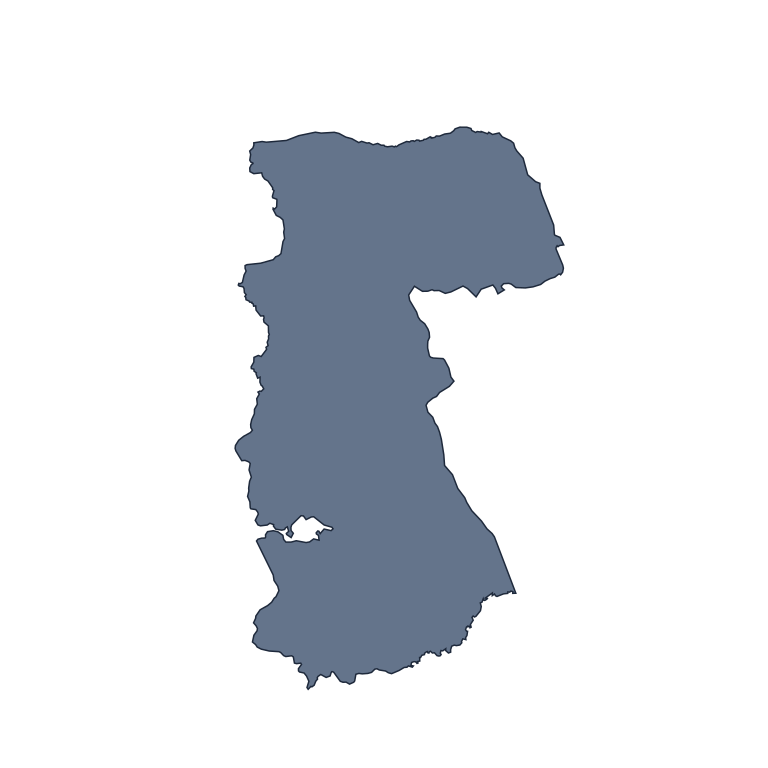 Kaliua, Tabora, United Republic of Tanzania, rotated 337°
{"feature_id": "72390352B29601163251764", "entity_name": "Kaliua", "entity_type": "district", "adm_level": 2, "iso_a3": "TZA", "parent_name": "United Republic of Tanzania", "parent_adm1": "Tabora", "projection": "albers", "projection_center": [31.783, -4.945], "detail": "fine", "context": "isolated", "style": "filled", "palette": "slate", "viewbox_px": 768, "rotation_deg": 337, "n_neighbors": 0, "source": "geoboundaries", "source_scale": "gbopen_adm2", "svg_char_len": 6159}
<svg xmlns="http://www.w3.org/2000/svg" viewBox="0 0 768 768"><g transform="rotate(337 384 384)"><path d="M290.8,235.5L289.7,234.7L288.5,236.0L289.0,237.3L292.2,239.4L292.5,241.4L291.2,245.3L292.0,247.9L290.1,249.1L290.6,250.2L289.9,252.5L292.2,254.9L292.3,256.1L294.3,257.2L293.9,257.8L294.9,259.2L294.4,261.4L296.4,262.0L295.1,266.0L297.0,273.2L299.8,274.2L299.5,276.3L298.4,277.3L297.7,280.1L300.3,285.3L297.8,291.5L297.8,293.5L296.4,294.7L295.4,297.4L292.8,299.9L292.3,303.4L289.7,304.1L289.5,306.2L281.7,310.7L279.4,308.6L274.7,308.7L272.7,313.0L268.4,316.3L267.9,318.0L270.0,319.5L269.4,321.5L270.9,323.8L270.2,324.6L270.0,329.3L272.6,329.3L270.5,333.8L270.4,337.3L271.1,338.2L271.4,341.5L268.1,342.8L267.0,342.0L264.8,342.2L265.3,344.5L261.1,347.8L259.5,353.1L254.9,356.7L253.0,360.8L248.3,365.1L245.4,369.2L244.4,372.2L244.8,375.1L242.1,376.5L234.4,377.3L228.3,379.0L223.3,382.5L221.8,385.1L221.5,387.7L223.1,399.0L226.2,400.0L229.1,402.8L229.8,404.9L226.2,410.4L225.5,417.9L222.3,421.0L218.7,427.0L217.8,429.7L214.5,434.2L214.5,440.1L212.5,445.7L212.7,446.9L216.9,449.5L217.7,452.5L217.5,454.6L212.2,459.2L212.9,464.5L214.9,466.3L221.4,468.2L224.5,467.6L227.5,470.3L226.7,471.6L227.6,475.3L232.8,478.6L235.7,479.1L237.0,478.0L239.2,477.7L238.7,482.4L235.7,483.4L235.6,484.5L238.5,489.1L242.2,486.0L241.2,482.6L242.3,479.6L244.0,477.6L256.2,472.8L258.3,474.0L259.3,478.4L265.1,478.0L267.4,478.7L273.8,490.4L280.1,495.5L280.5,497.4L278.0,498.3L272.2,494.1L266.8,496.8L266.5,494.0L265.6,493.4L263.4,494.5L263.2,495.6L264.5,497.8L263.2,502.4L258.7,499.1L253.8,500.3L250.3,499.5L242.0,494.0L236.6,493.2L231.9,491.2L230.9,487.8L231.8,483.8L228.6,478.6L224.8,475.8L219.1,474.4L216.0,476.5L215.2,478.7L214.2,479.3L211.2,478.1L207.3,477.6L205.3,478.7L207.4,516.5L206.0,521.9L207.2,528.6L206.5,533.2L201.5,537.6L199.2,538.3L195.3,541.0L190.3,542.5L181.8,543.4L175.4,547.5L174.2,549.6L170.6,552.9L171.8,556.5L172.0,559.6L170.7,561.6L166.1,564.4L162.1,570.1L164.0,573.7L164.5,576.6L167.4,580.1L174.1,585.0L182.8,589.4L184.0,590.8L185.5,594.8L187.1,596.5L192.8,598.1L193.9,599.8L192.5,605.9L194.3,607.3L198.3,608.4L198.5,609.9L194.0,612.6L193.2,614.7L193.7,616.1L197.5,618.8L198.6,622.6L198.7,628.3L194.5,633.3L194.9,635.4L198.6,633.8L199.3,634.6L202.0,634.0L205.1,630.9L207.5,629.7L207.7,628.4L208.9,627.4L212.3,626.7L216.1,631.5L220.3,631.7L222.3,629.3L223.5,628.4L224.2,628.7L225.1,629.7L227.6,640.6L229.7,642.5L232.6,643.6L235.0,646.8L239.6,646.7L241.0,645.9L244.7,640.2L247.8,640.6L250.7,642.3L256.0,644.1L259.9,644.6L264.2,642.9L266.3,643.4L267.9,645.4L273.3,648.8L275.1,651.4L277.8,653.6L286.0,653.6L291.8,652.8L294.5,653.7L296.3,653.0L299.4,655.7L300.8,655.0L298.8,653.6L300.6,651.1L303.2,651.3L304.6,652.1L305.2,654.1L306.3,654.1L306.4,652.6L308.7,653.0L309.9,649.7L310.7,650.1L312.8,648.5L315.5,648.9L316.1,647.7L318.6,647.1L319.4,647.2L319.3,648.6L320.2,649.2L321.1,648.2L322.4,648.2L323.4,650.5L325.4,651.1L326.7,654.8L328.3,655.9L329.7,656.1L330.9,655.3L330.6,653.8L332.3,651.6L333.8,652.6L337.4,651.8L336.6,653.4L338.2,656.8L340.6,656.9L341.5,654.6L343.9,651.8L346.6,651.8L348.4,653.1L351.9,653.9L354.5,652.6L354.8,651.2L357.0,649.4L359.5,651.3L360.0,649.4L362.1,647.9L364.3,644.3L363.4,643.8L363.1,641.9L365.0,639.9L366.5,639.6L366.4,640.3L368.1,640.4L367.9,642.0L369.2,641.9L369.6,639.1L373.8,636.3L373.8,633.2L375.4,632.4L376.2,633.8L377.8,633.8L384.2,630.4L386.6,626.8L387.1,623.1L389.0,623.1L391.3,620.6L391.1,621.8L392.2,622.6L394.5,622.3L395.3,621.8L393.7,620.6L402.1,618.7L401.0,621.1L403.7,620.5L403.9,622.5L405.0,623.7L412.1,623.9L416.1,625.1L416.7,623.8L418.4,624.7L419.9,624.2L421.5,625.5L420.7,627.0L423.6,628.1L425.9,567.8L425.1,563.9L422.2,557.6L420.2,548.3L415.3,535.0L413.9,525.4L413.9,520.2L411.1,509.0L411.6,494.2L407.9,482.7L411.4,472.5L415.2,457.3L416.3,450.0L416.6,444.1L415.6,439.9L415.9,433.7L413.4,427.1L414.4,420.0L417.2,417.9L423.4,416.1L427.5,416.0L431.8,413.5L443.3,411.7L449.5,408.7L448.3,403.8L449.9,394.8L449.1,385.6L448.3,383.7L439.6,379.4L437.4,377.6L436.8,375.9L438.2,368.0L439.6,364.7L441.1,361.7L444.2,358.8L445.7,354.2L445.9,350.6L445.0,344.4L442.3,339.5L441.6,335.8L442.1,330.5L440.3,317.0L441.5,311.7L450.2,305.9L455.6,313.7L460.6,315.7L465.1,316.0L466.5,317.6L471.3,319.5L475.8,324.5L481.5,325.4L495.0,324.7L498.2,328.8L502.8,339.8L510.5,334.7L522.9,335.4L524.0,339.5L524.1,345.5L531.5,344.4L530.1,341.7L530.2,339.7L533.3,338.4L538.2,340.1L540.2,341.8L543.0,346.7L551.7,350.8L559.1,352.8L567.1,353.6L572.4,352.2L578.2,351.9L583.0,352.4L587.6,351.1L589.0,351.6L589.3,352.5L592.1,350.9L594.4,347.5L595.0,344.3L595.1,327.0L595.8,325.5L597.4,324.4L597.8,325.6L599.7,325.1L603.8,326.2L603.3,317.8L599.5,313.9L599.3,313.0L602.3,303.9L603.2,271.6L604.0,264.7L605.9,260.2L602.6,257.0L598.0,247.6L600.3,230.5L597.3,221.4L596.8,217.7L597.4,213.0L595.7,209.7L589.4,202.7L588.1,197.9L581.4,196.7L578.8,193.2L577.1,194.1L572.1,189.5L571.7,190.0L568.4,188.0L566.7,188.3L563.8,184.9L563.9,182.8L560.6,180.0L554.1,177.2L549.1,176.9L547.2,178.1L543.1,179.1L537.5,177.6L531.9,177.5L529.0,176.1L527.3,176.8L524.6,176.4L524.3,175.7L523.6,176.0L523.1,174.5L518.3,175.1L516.4,174.4L515.5,175.0L511.6,174.3L511.5,173.3L509.4,172.2L506.6,172.5L506.0,171.5L503.8,170.8L502.2,171.2L499.6,169.6L491.1,169.7L489.0,170.3L488.0,170.3L487.4,169.5L486.2,169.8L484.4,168.2L479.9,167.0L477.5,165.3L477.3,164.2L474.7,163.1L472.2,160.1L467.4,159.5L464.5,156.1L462.5,155.6L458.2,151.9L455.1,151.9L450.3,145.7L445.3,141.8L440.5,135.8L436.6,132.9L424.2,128.5L419.2,125.4L402.6,122.1L389.4,121.7L370.1,115.4L366.6,113.2L358.4,111.1L357.6,113.2L355.6,115.5L351.4,117.1L350.9,120.7L347.9,125.5L348.1,127.7L349.6,129.1L349.5,129.9L347.6,130.2L344.8,132.7L343.6,136.1L346.3,139.5L353.9,141.8L353.4,145.4L354.2,148.7L356.5,151.8L358.2,159.9L357.5,161.4L358.3,163.0L354.6,167.6L354.3,169.0L357.5,172.1L357.3,172.9L354.4,179.0L351.7,180.2L350.7,178.8L350.1,179.8L350.7,186.7L353.5,190.0L355.1,193.5L352.9,202.3L351.0,205.0L349.3,211.3L346.7,213.4L340.1,223.7L337.3,224.7L334.0,224.6L330.6,226.3L317.6,224.6L304.5,220.6L302.4,220.7L301.3,223.4L301.2,226.2L297.8,229.0L293.3,235.2L290.8,235.5Z" fill="#64748b" stroke="#1e293b" stroke-width="1.5"/></g></svg>